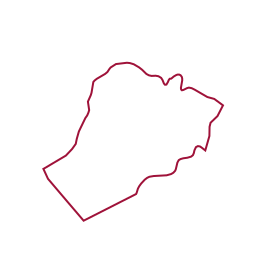 SVG path tracing the border of Zomba, rotated 152°
{"feature_id": "MWI-1920", "entity_name": "Zomba", "entity_type": "District", "adm_level": 1, "iso_a3": "MWI", "parent_name": "Malawi", "parent_adm1": "", "projection": "robinson", "projection_center": [35.338, -15.445], "detail": "fine", "context": "isolated", "style": "outline", "palette": "rose", "viewbox_px": 256, "rotation_deg": 152, "n_neighbors": 0, "source": "natural_earth", "source_scale": "10m", "svg_char_len": 1261}
<svg xmlns="http://www.w3.org/2000/svg" viewBox="0 0 256 256"><g transform="rotate(152 128 128)"><path d="M210.7,67.0L216.1,91.4L222.5,120.7L221.9,131.4L221.9,131.6L195.8,132.8L187.2,135.7L181.6,138.5L178.3,142.5L173.0,148.0L161.0,156.8L158.2,158.2L155.8,160.1L153.9,162.0L151.0,170.1L145.4,174.5L143.7,176.2L137.0,184.9L135.2,185.6L132.4,186.1L122.8,186.5L119.9,187.1L116.8,188.8L114.9,189.6L108.6,190.1L98.3,186.1L95.8,184.4L93.0,181.6L89.8,176.4L88.2,172.8L86.4,167.1L84.8,164.7L82.7,162.9L79.1,161.2L76.8,159.4L75.2,156.7L75.0,154.1L75.4,150.4L75.0,148.8L73.7,148.3L71.1,149.9L69.7,151.1L68.1,151.9L66.6,151.3L63.4,152.0L60.5,152.1L59.2,151.9L57.8,151.2L56.8,149.9L56.5,147.9L56.9,146.3L57.7,144.7L62.5,138.5L63.0,137.0L62.7,136.0L61.2,135.6L57.2,135.5L55.3,135.1L53.1,133.3L51.1,130.5L43.4,118.1L38.2,113.2L33.5,103.4L43.4,96.5L52.6,93.9L55.4,90.8L59.9,82.7L70.3,71.9L72.2,76.2L73.1,77.9L74.8,79.2L77.0,79.2L79.8,77.1L81.7,74.9L83.5,73.5L85.8,73.1L89.6,73.9L93.4,75.3L96.2,75.9L98.3,75.8L100.6,74.3L105.0,69.3L106.4,68.1L109.0,67.2L111.6,67.1L116.1,68.1L127.8,73.5L132.0,74.9L134.5,75.0L137.5,74.5L142.4,72.8L145.3,71.4L147.7,69.8L149.9,67.6L150.4,67.1L151.3,66.3L151.9,65.9L210.7,67.0L210.7,67.0Z" fill="none" stroke="#9f1239" stroke-width="2"/></g></svg>